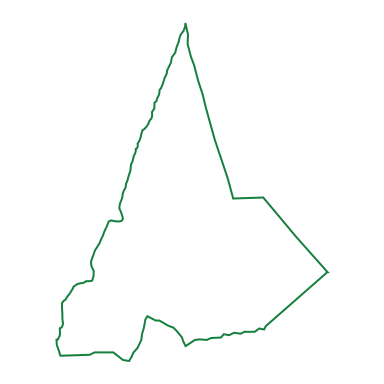 At Tadamon - SK, South Kordufan, Sudan
{"feature_id": "16777658B49478662281146", "entity_name": "At Tadamon - SK", "entity_type": "district", "adm_level": 2, "iso_a3": "SDN", "parent_name": "Sudan", "parent_adm1": "South Kordufan", "projection": "natural_earth1", "projection_center": [31.568, 12.176], "detail": "fine", "context": "isolated", "style": "outline", "palette": "green", "viewbox_px": 384, "rotation_deg": 0, "n_neighbors": 0, "source": "geoboundaries", "source_scale": "gbopen_adm2", "svg_char_len": 2232}
<svg xmlns="http://www.w3.org/2000/svg" viewBox="0 0 384 384"><path d="M56.5,339.7L56.6,341.7L56.7,343.4L56.8,344.8L57.2,346.1L57.7,347.5L58.8,350.5L59.7,353.5L60.4,355.7L74.2,355.3L86.2,354.9L89.7,354.8L94.6,352.4L113.3,352.4L123.0,360.0L129.1,361.0L131.6,356.7L133.2,352.9L137.7,347.7L141.3,339.9L142.1,333.7L143.8,328.1L145.4,319.5L147.4,316.2L155.6,320.5L159.2,320.5L163.3,322.8L168.2,325.7L173.4,327.6L177.1,331.4L182.0,337.5L183.2,341.3L185.6,346.1L195.0,339.9L199.9,339.4L206.8,339.9L211.2,338.0L217.6,337.7L221.0,337.5L223.8,334.2L229.1,335.2L234.0,332.8L237.0,333.2L240.5,333.7L244.6,331.8L254.7,331.8L259.2,328.5L264.1,329.5L265.7,326.2L296.4,299.3L327.4,272.1L327.5,272.1L327.2,271.8L326.9,271.5L324.2,268.4L296.2,236.9L263.4,197.7L263.2,197.5L233.7,198.5L233.2,198.5L227.9,179.0L226.0,173.2L214.9,140.1L205.9,107.9L202.7,94.6L198.2,80.9L194.2,65.6L194.1,65.1L190.9,56.7L187.7,44.4L187.7,41.8L188.0,34.4L187.3,31.5L185.4,23.0L185.3,24.5L185.1,26.8L183.5,30.9L180.7,34.6L179.5,38.0L178.6,42.0L176.6,47.2L175.2,52.7L171.9,57.2L170.9,62.6L169.1,66.4L167.1,70.5L166.7,73.8L164.8,77.6L162.6,84.4L161.0,88.2L159.6,89.9L159.1,94.6L157.3,98.0L156.5,101.0L154.5,102.7L154.3,108.6L152.0,112.0L152.2,115.6L151.4,118.5L149.6,120.6L148.4,123.7L146.8,126.3L144.5,128.9L142.5,130.3L141.3,134.1L140.5,137.9L139.0,141.5L137.6,143.6L137.8,146.2L137.0,148.3L135.8,148.8L135.8,150.9L135.2,153.3L133.8,155.9L133.1,158.8L132.3,162.3L131.3,163.5L130.7,167.1L130.5,170.6L129.3,173.9L128.5,176.5L127.5,180.3L126.0,183.9L125.6,187.5L123.6,191.2L122.6,194.6L122.4,196.9L121.4,200.0L120.1,203.3L119.5,206.2L119.3,208.3L120.5,210.9L121.6,213.8L122.6,217.1L122.8,219.2L121.6,220.9L119.7,221.4L116.7,221.4L113.8,221.1L111.6,220.4L108.8,221.4L106.7,226.6L104.3,231.6L103.1,235.2L101.0,239.4L99.4,243.5L97.2,247.0L95.1,250.1L93.5,254.6L92.1,258.4L91.1,261.2L91.1,263.6L91.7,266.9L93.7,270.7L93.5,276.4L92.1,280.7L89.3,281.2L86.0,281.2L84.6,282.3L82.3,283.1L80.1,283.3L77.5,284.0L73.6,286.6L72.6,289.0L71.2,291.1L69.7,293.7L67.5,296.3L65.7,299.4L63.0,301.5L62.0,303.4L62.0,307.2L62.4,315.1L62.4,319.3L63.0,323.6L62.4,326.0L61.4,327.6L59.8,328.3L60.0,333.6L59.8,335.7L58.3,338.3L57.9,339.5L56.5,339.7Z" fill="none" stroke="#15803d" stroke-width="2"/></svg>